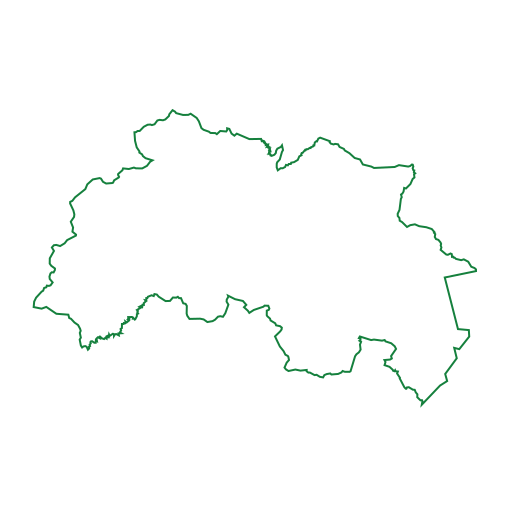 outline of Bekwai Municipal, Ashanti, Ghana, rotated 2°
{"feature_id": "2480657B55478680834493", "entity_name": "Bekwai Municipal", "entity_type": "district", "adm_level": 2, "iso_a3": "GHA", "parent_name": "Ghana", "parent_adm1": "Ashanti", "projection": "orthographic", "projection_center": [-1.62, 6.436], "detail": "fine", "context": "isolated", "style": "outline", "palette": "green", "viewbox_px": 512, "rotation_deg": 2, "n_neighbors": 0, "source": "geoboundaries", "source_scale": "gbopen_adm2", "svg_char_len": 6088}
<svg xmlns="http://www.w3.org/2000/svg" viewBox="0 0 512 512"><g transform="rotate(2 256 256)"><path d="M191.9,120.1L185.7,116.1L183.4,117.3L178.2,117.6L171.2,116.0L170.1,114.6L167.5,113.2L164.4,117.4L164.1,119.1L160.6,122.7L158.3,123.6L154.9,123.3L152.7,124.0L150.0,127.9L147.4,128.8L145.8,128.3L143.1,128.6L139.3,130.8L135.4,135.1L133.3,135.2L131.8,136.4L130.2,136.6L131.1,145.1L133.0,151.6L135.9,155.6L135.8,156.7L138.6,158.4L139.5,160.1L142.2,162.1L149.2,164.0L146.9,165.5L143.9,169.7L139.3,172.4L133.0,172.6L130.9,171.9L125.9,173.5L120.1,173.1L119.5,175.0L115.4,178.8L115.3,179.7L116.4,181.7L116.1,182.3L111.6,185.3L110.6,187.7L109.7,188.1L103.7,188.8L100.5,187.2L98.4,184.1L97.0,183.6L90.2,185.2L84.9,190.3L83.1,195.1L73.1,203.7L70.5,207.3L68.4,208.4L68.4,210.0L71.9,216.8L73.0,220.7L72.8,223.3L69.7,228.2L72.2,233.9L71.7,238.1L75.4,240.9L75.3,241.9L66.7,246.7L64.3,250.0L59.9,252.9L56.0,251.9L53.6,252.3L51.7,254.6L53.9,258.0L50.0,265.5L50.1,270.8L51.7,272.9L55.5,275.5L55.5,277.0L54.3,279.5L52.5,279.4L51.2,280.6L50.3,283.8L50.7,286.2L53.7,289.5L51.7,292.5L50.1,293.1L48.0,292.9L47.5,294.6L45.4,295.3L44.5,298.1L43.0,299.1L37.7,305.3L35.9,309.3L35.6,314.8L43.6,316.1L48.2,314.2L58.5,320.7L70.5,321.2L71.5,324.5L73.3,325.2L76.9,328.8L80.6,331.2L82.7,334.8L83.4,336.9L82.6,339.0L83.8,343.7L82.7,345.7L84.1,351.6L85.4,353.5L86.7,352.4L88.5,352.0L89.9,352.6L91.3,355.5L92.5,354.2L92.3,352.5L93.3,351.8L92.8,350.5L93.9,349.1L93.5,347.9L94.0,347.1L95.2,346.9L97.4,348.3L98.8,348.3L98.9,345.8L100.0,346.5L99.5,344.1L100.7,342.8L102.4,343.5L101.9,342.5L102.8,341.9L105.0,343.7L107.1,344.3L108.2,343.1L109.5,343.8L109.4,342.7L111.0,342.5L109.7,341.4L110.5,340.9L111.7,341.3L111.9,339.6L112.6,340.9L115.7,338.7L116.8,339.1L116.9,340.8L117.9,339.1L119.0,338.9L121.7,340.1L121.3,338.2L124.1,337.9L122.6,337.1L123.8,335.2L123.2,333.7L124.5,332.7L124.4,328.6L126.1,328.5L126.3,327.6L127.7,327.8L128.1,327.1L127.8,326.0L129.1,326.9L131.6,324.7L131.6,323.2L130.6,324.1L130.0,323.9L130.6,322.9L130.4,321.5L134.2,321.3L135.3,321.8L135.1,322.9L136.1,322.8L137.0,323.8L137.5,323.5L139.0,320.4L139.0,318.2L140.2,317.6L139.3,316.2L139.9,315.1L138.9,314.1L142.5,311.8L141.1,310.9L143.2,309.7L144.1,310.6L144.4,308.7L145.6,308.8L145.5,307.0L147.5,305.1L146.8,304.1L148.0,304.3L147.8,301.9L148.9,301.8L149.4,300.5L153.0,298.9L155.2,299.6L155.8,297.6L158.3,298.0L160.1,300.0L167.2,304.2L171.6,303.9L174.4,300.4L177.8,300.4L179.3,299.5L180.6,300.8L182.5,300.7L184.9,305.8L187.3,306.3L188.6,308.3L188.7,316.0L189.4,318.1L191.7,321.2L202.3,320.6L205.9,321.2L209.7,323.7L214.9,322.6L217.3,321.1L220.1,318.0L222.4,317.4L225.1,317.9L227.3,314.3L230.1,305.6L228.2,302.6L228.3,300.5L229.8,297.7L229.4,296.6L236.6,299.9L244.5,301.4L248.0,305.2L245.8,307.6L249.8,311.0L251.3,313.1L255.7,310.0L265.2,306.4L266.3,305.3L270.0,305.3L271.2,308.1L270.6,309.4L268.7,310.2L268.8,314.8L269.4,315.8L272.2,318.1L272.8,319.9L277.6,322.6L278.5,324.6L282.5,325.3L284.3,326.7L284.1,328.6L282.8,330.5L277.8,335.7L283.0,345.6L286.9,350.1L288.8,353.6L291.3,354.8L291.9,355.8L292.6,358.8L290.4,361.5L288.4,366.5L289.9,368.3L292.5,369.8L299.3,368.1L304.4,369.0L310.6,368.1L310.6,369.4L312.4,370.7L313.9,370.6L318.7,373.0L320.7,372.6L324.0,374.5L327.3,375.0L328.5,372.6L330.9,371.5L334.3,370.8L335.5,371.8L342.2,371.0L345.4,369.4L346.6,367.9L348.6,368.6L353.5,368.5L354.5,367.9L358.5,352.8L359.8,350.7L362.2,348.7L363.8,345.9L363.0,340.9L364.0,338.1L362.4,337.1L363.3,336.4L363.3,334.9L361.7,334.5L362.6,332.8L374.0,336.0L376.8,335.4L384.9,336.2L387.5,335.5L388.4,336.8L394.2,338.5L397.8,341.4L399.2,344.0L394.5,351.3L395.3,353.7L393.6,354.8L388.0,355.5L389.1,357.4L388.3,360.6L393.3,362.1L396.7,365.0L396.9,365.8L398.3,366.3L399.0,365.3L399.4,366.3L401.8,366.5L401.1,368.5L404.1,372.7L403.9,373.3L408.8,381.9L410.3,383.4L410.9,383.4L411.4,382.1L413.3,381.8L417.4,384.1L419.3,384.2L420.4,386.7L422.1,388.6L422.1,391.5L425.4,394.5L426.9,394.3L427.4,395.3L426.9,398.8L444.5,379.0L451.4,374.3L449.2,367.3L460.2,351.2L457.3,340.9L462.4,342.0L471.9,329.1L471.3,322.6L460.4,322.0L445.4,270.9L476.4,263.4L476.3,261.7L474.8,260.4L471.5,259.2L468.3,254.3L463.8,252.1L461.2,253.0L455.9,251.9L454.4,250.6L453.5,250.7L453.0,249.8L451.9,250.0L451.6,247.3L450.3,246.7L447.7,248.1L446.1,247.9L440.3,243.4L441.0,241.0L440.2,238.9L440.6,237.5L440.0,236.1L437.7,233.5L435.3,232.8L434.0,230.7L434.4,227.9L433.1,226.6L433.6,226.0L430.7,222.9L425.2,221.3L418.0,220.5L413.7,218.8L409.1,219.8L405.9,221.7L400.8,217.0L398.4,215.7L398.0,213.0L396.3,211.1L396.1,208.9L397.8,204.9L398.8,193.9L399.6,192.1L398.8,189.5L400.1,188.5L401.2,186.5L401.7,182.8L403.5,183.3L407.8,178.7L409.9,173.5L411.6,172.0L411.1,168.8L412.2,167.8L410.9,166.9L411.2,165.0L410.3,164.8L409.5,162.8L410.1,161.2L409.5,159.3L408.7,159.1L406.9,160.7L405.0,161.3L395.7,160.2L391.5,162.2L370.9,163.9L368.1,162.6L359.6,160.8L356.6,155.9L351.2,154.6L345.8,150.0L341.0,147.4L340.1,145.9L335.7,144.1L334.1,141.5L331.1,141.2L329.7,141.8L326.9,141.1L325.6,139.7L325.8,138.7L316.0,135.5L314.2,136.5L313.0,139.3L312.4,139.1L310.8,140.5L310.4,143.5L309.5,143.4L309.2,144.5L307.1,145.4L306.8,146.2L305.9,146.1L304.0,147.5L302.7,147.5L301.9,148.6L301.4,148.2L299.0,151.3L298.1,151.5L297.6,152.8L298.0,153.7L295.8,154.9L294.4,158.5L290.7,160.9L287.9,161.5L287.6,162.8L285.5,162.9L284.7,164.3L282.8,163.9L282.0,166.0L279.6,167.4L277.6,167.4L274.8,169.6L273.6,166.7L273.5,163.1L273.9,161.6L276.4,158.7L278.3,151.1L279.3,149.2L278.1,144.5L277.1,146.1L273.6,148.0L272.5,150.0L272.2,152.4L270.8,154.2L268.1,155.4L267.0,155.0L267.2,154.3L266.5,153.6L265.4,153.4L266.1,152.9L266.0,152.4L265.3,152.9L265.5,151.2L266.8,151.0L266.4,149.6L265.5,149.5L266.1,148.1L263.9,147.0L265.2,146.6L264.3,146.2L264.3,144.9L263.5,145.5L264.0,144.2L262.0,144.7L262.2,143.7L261.0,143.2L261.2,142.5L260.2,141.0L259.2,140.7L259.3,141.5L258.4,140.5L257.7,140.9L257.0,138.8L245.3,139.4L232.5,134.4L230.2,136.5L227.3,134.5L224.9,129.9L222.7,129.4L222.8,131.2L221.9,132.6L215.9,132.3L212.6,135.6L211.1,134.6L206.2,134.6L204.6,133.4L199.2,131.7L197.0,130.1L194.2,123.4L191.9,120.1Z" fill="none" stroke="#15803d" stroke-width="2"/></g></svg>